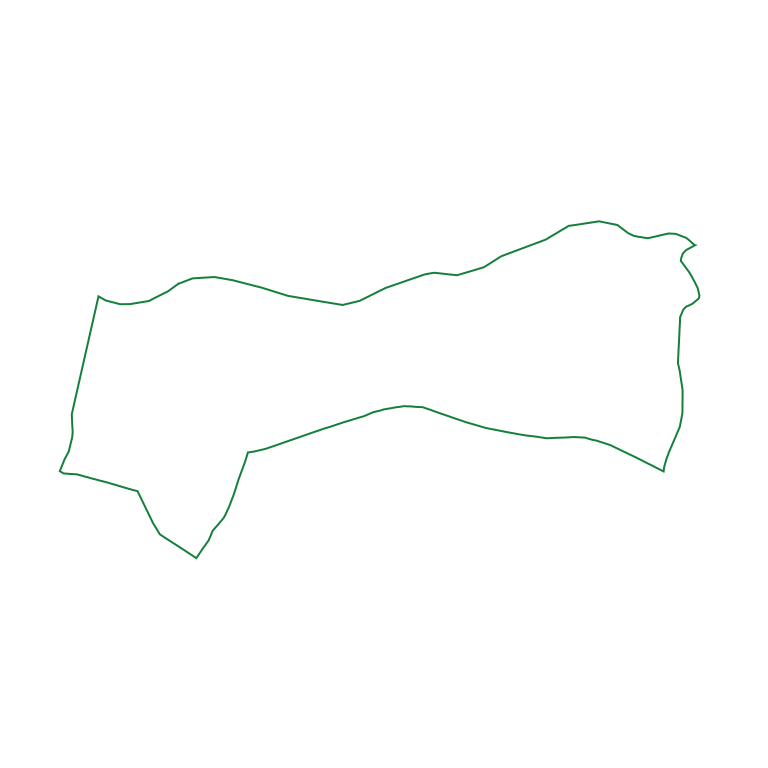 Kota Palangka Raya, Kalimantan Tengah, Indonesia (Robinson projection), rotated 103°
{"feature_id": "22746128B5087893857208", "entity_name": "Kota Palangka Raya", "entity_type": "district", "adm_level": 2, "iso_a3": "IDN", "parent_name": "Indonesia", "parent_adm1": "Kalimantan Tengah", "projection": "robinson", "projection_center": [113.758, -2.011], "detail": "fine", "context": "isolated", "style": "outline", "palette": "green", "viewbox_px": 768, "rotation_deg": 103, "n_neighbors": 0, "source": "geoboundaries", "source_scale": "gbopen_adm2", "svg_char_len": 4687}
<svg xmlns="http://www.w3.org/2000/svg" viewBox="0 0 768 768"><g transform="rotate(103 384 384)"><path d="M178.9,112.2L178.9,112.3L175.3,119.0L173.7,122.2L173.5,123.4L172.8,128.4L172.1,133.2L172.1,133.3L172.4,135.2L173.3,140.4L174.3,142.6L177.9,150.1L178.0,150.1L182.4,159.3L182.6,159.8L182.7,160.2L183.1,166.6L183.3,169.2L183.3,169.3L183.4,171.1L183.4,172.2L183.5,173.9L183.1,175.5L182.1,179.9L180.6,183.4L180.5,183.5L177.2,191.0L176.6,192.3L177.1,211.1L177.7,212.5L187.6,237.5L188.4,239.7L190.5,241.8L191.7,243.1L191.8,243.2L194.2,245.7L196.7,248.3L198.8,250.4L199.2,250.9L207.0,259.0L207.5,259.8L208.4,261.1L208.5,261.3L216.1,272.8L218.1,275.8L218.6,276.5L220.1,278.8L222.4,282.3L233.1,298.4L242.2,307.4L242.3,307.5L247.7,312.9L249.8,316.4L249.8,316.6L250.5,317.8L251.1,318.7L252.9,321.9L260.3,335.0L261.6,337.3L262.5,344.7L264.2,359.3L264.2,359.8L264.3,359.9L265.7,363.6L266.1,364.4L266.1,364.5L267.8,368.5L269.4,371.1L270.8,373.3L274.7,379.6L278.0,384.9L278.3,385.3L290.1,404.1L290.4,404.5L291.1,405.3L293.3,408.0L294.8,409.8L308.5,426.5L316.3,442.1L317.5,460.5L318.4,475.7L319.7,496.9L319.7,497.6L319.2,504.4L317.6,525.4L317.6,526.9L317.1,547.5L316.9,555.0L317.1,558.3L317.9,573.2L321.5,585.4L324.2,594.4L332.6,606.8L332.8,607.0L332.7,607.1L332.9,607.2L342.1,615.1L351.6,626.6L354.4,629.9L355.8,631.4L355.9,631.5L363.3,649.5L365.5,658.6L365.6,659.4L365.2,674.0L363.6,679.3L362.8,681.9L363.0,681.9L467.0,681.5L483.7,681.4L487.8,680.3L488.3,680.1L489.0,679.9L489.6,679.8L497.9,677.4L498.1,677.3L501.5,676.4L506.3,675.8L512.2,675.9L514.9,675.9L520.7,676.0L528.8,678.2L541.8,680.3L542.2,679.2L542.4,678.6L542.7,677.6L542.9,677.1L543.2,676.0L542.3,670.0L541.9,667.5L541.7,666.6L541.5,665.1L541.4,664.5L541.1,662.9L541.8,646.4L542.2,633.3L542.2,632.6L542.2,632.4L542.2,632.1L542.2,631.9L542.6,626.0L542.6,625.0L543.4,611.9L543.4,611.7L543.5,609.7L543.7,605.9L543.9,600.0L544.0,599.9L545.9,598.4L546.0,598.3L569.7,579.2L569.9,579.1L571.4,577.9L571.9,577.4L575.4,573.9L578.6,570.8L578.9,570.5L580.0,569.4L581.0,568.4L582.4,564.5L582.6,564.1L591.9,538.3L592.1,538.1L592.5,536.8L595.9,527.7L595.7,527.6L586.8,524.2L586.2,524.0L585.0,523.5L575.9,519.7L572.6,519.1L565.4,517.9L562.1,516.1L561.7,516.0L561.6,515.9L561.2,515.6L557.7,513.7L550.5,510.1L547.4,509.2L538.3,507.3L531.8,506.4L531.1,506.3L525.3,505.5L519.2,505.0L509.3,504.2L502.3,503.3L491.9,502.0L489.5,501.7L487.2,501.6L484.8,501.4L484.6,501.4L481.3,501.2L479.5,496.4L474.0,485.1L472.7,483.0L471.3,480.8L469.6,478.0L458.6,460.5L449.8,446.5L447.8,443.4L444.2,437.5L441.2,432.8L437.5,426.3L429.6,413.5L429.6,413.4L429.5,413.2L429.4,413.0L429.3,412.9L429.1,412.5L429.1,412.4L428.5,411.4L427.3,409.3L424.9,405.2L420.2,396.9L420.1,396.7L419.9,396.4L419.8,396.2L415.4,390.2L413.8,388.0L410.7,381.6L408.9,378.7L407.8,376.0L407.7,375.9L406.2,372.2L406.0,371.7L404.3,367.8L403.7,366.4L403.0,364.3L401.3,360.1L401.0,359.2L400.9,358.9L400.6,356.7L400.3,355.0L400.0,354.1L399.0,347.0L397.9,341.2L398.3,337.3L398.7,333.6L399.7,324.8L400.0,322.1L400.5,317.2L400.6,316.5L400.8,314.3L401.2,311.0L402.8,295.0L403.8,277.0L403.9,275.2L403.9,274.4L403.9,274.2L403.9,273.4L403.7,267.5L403.5,261.8L403.5,261.7L403.2,252.8L402.8,244.4L402.7,242.0L402.3,235.0L401.0,223.1L400.5,216.2L400.3,213.5L400.3,213.2L400.2,213.0L400.1,212.7L399.4,210.1L399.1,209.0L398.8,207.9L398.2,205.9L398.0,205.2L397.7,204.1L396.3,198.8L395.9,197.3L395.9,197.2L393.0,187.2L392.3,183.4L391.3,177.6L391.0,176.3L391.3,172.7L391.5,168.8L391.4,166.1L391.4,164.1L392.1,155.6L392.6,150.0L392.6,149.9L397.0,130.5L397.5,128.2L399.0,121.4L399.1,121.2L399.2,120.8L399.5,119.4L402.3,108.2L403.0,105.1L405.6,94.8L406.3,91.9L403.6,92.2L403.2,92.2L401.5,92.3L400.9,92.3L396.6,92.1L396.4,92.0L396.1,92.0L395.7,92.0L394.3,92.0L392.1,91.8L390.5,91.5L390.1,91.5L388.8,91.2L388.1,91.2L387.2,91.2L384.6,90.7L375.2,89.0L369.2,87.9L366.1,87.4L362.3,86.7L360.7,86.4L360.0,86.3L359.5,86.2L359.1,86.1L357.8,86.2L357.3,86.2L357.1,86.2L355.6,86.3L354.4,86.3L354.2,86.3L347.0,86.6L345.2,86.7L337.8,88.3L337.7,88.4L332.8,89.4L329.0,90.3L323.0,91.6L307.3,97.8L304.6,98.9L304.3,99.0L303.9,99.2L297.5,102.3L285.4,104.5L283.9,104.8L280.2,105.4L262.7,108.6L260.3,109.0L256.9,109.6L252.3,110.5L252.2,110.5L249.8,110.1L244.3,109.1L244.1,109.0L242.8,108.3L240.8,107.1L239.0,104.7L236.4,101.5L229.8,96.5L229.6,96.5L228.7,96.5L227.8,96.5L226.9,96.5L226.3,96.8L226.0,97.0L220.5,99.7L219.6,100.2L216.1,103.1L214.9,104.0L214.7,104.2L214.2,104.7L210.0,108.4L207.0,111.2L206.9,111.3L205.8,112.5L205.2,113.2L200.0,119.3L199.9,119.4L198.2,121.4L197.3,122.5L197.1,122.5L195.7,122.6L194.6,122.7L194.3,122.7L194.2,122.7L190.2,122.2L189.3,122.0L185.5,119.7L178.9,112.2Z" fill="none" stroke="#15803d" stroke-width="2"/></g></svg>